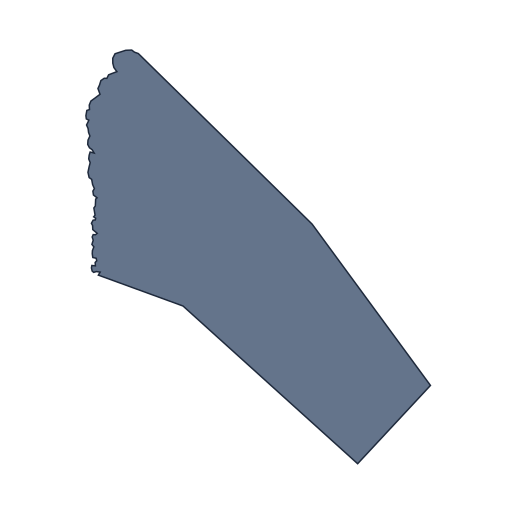 outline of Iebukel, Ngarchelong, Palau, rotated 176°
{"feature_id": "81905179B92886188714488", "entity_name": "Iebukel", "entity_type": "district", "adm_level": 2, "iso_a3": "PLW", "parent_name": "Palau", "parent_adm1": "Ngarchelong", "projection": "robinson", "projection_center": [134.644, 7.699], "detail": "fine", "context": "isolated", "style": "filled", "palette": "slate", "viewbox_px": 512, "rotation_deg": 176, "n_neighbors": 0, "source": "geoboundaries", "source_scale": "gbopen_adm2", "svg_char_len": 1177}
<svg xmlns="http://www.w3.org/2000/svg" viewBox="0 0 512 512"><g transform="rotate(176 256 256)"><path d="M414.6,247.9L332.3,211.2L169.1,41.7L91.0,114.7L197.8,283.9L359.3,466.2L363.0,467.8L365.6,470.1L371.6,470.3L382.5,467.6L385.1,463.3L385.4,458.3L384.6,453.9L381.9,449.6L387.3,448.0L390.4,447.0L392.4,443.6L395.0,443.9L398.5,441.8L400.2,437.4L402.0,434.1L400.3,428.2L409.9,422.1L411.8,418.2L411.9,413.7L414.6,413.0L415.9,407.8L415.7,404.6L413.3,403.2L414.2,401.4L415.9,398.5L414.6,394.8L414.4,390.9L413.3,387.3L415.5,383.3L416.1,379.0L414.6,375.6L412.0,373.4L410.3,370.0L414.2,371.3L415.4,368.2L416.1,364.5L414.9,360.7L416.3,356.5L417.8,351.2L417.0,345.9L414.6,343.9L414.0,338.6L412.5,334.5L414.2,332.1L413.9,328.2L410.5,325.1L412.0,323.9L412.8,317.1L414.4,315.2L413.7,308.0L415.2,306.4L413.3,304.9L413.8,303.2L416.0,303.1L417.9,300.1L416.9,297.8L417.0,293.7L412.8,289.7L414.7,288.4L416.9,288.7L418.1,286.4L417.3,283.1L418.9,279.0L417.1,276.4L418.8,272.8L419.2,269.6L418.9,265.9L415.6,264.9L415.2,262.3L416.9,260.8L416.9,257.4L420.4,258.0L421.0,255.6L420.5,252.4L419.1,251.0L416.3,251.6L412.6,250.8L414.6,247.9Z" fill="#64748b" stroke="#1e293b" stroke-width="1.5"/></g></svg>